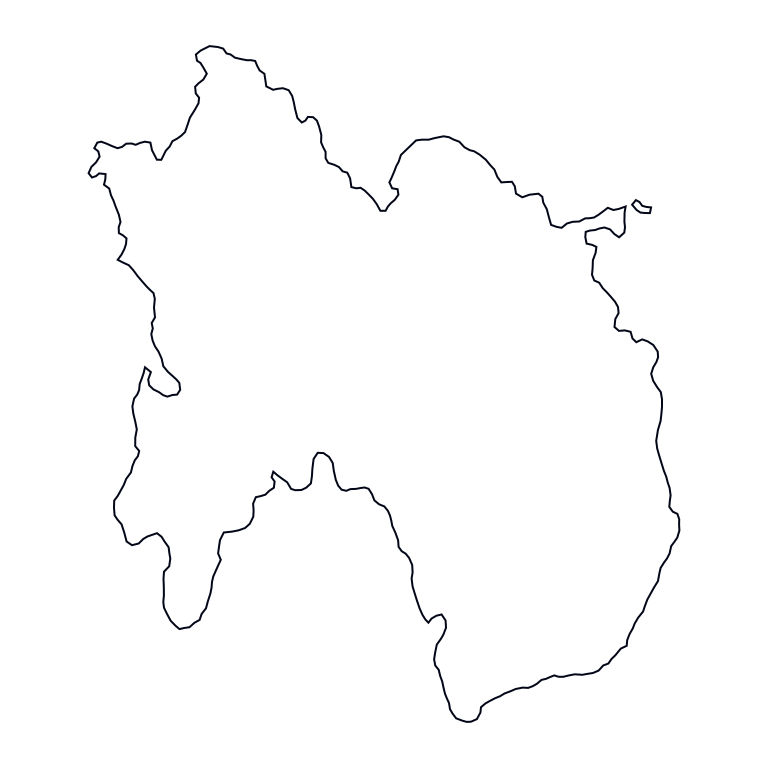 Ferros, Minas Gerais, Brazil (Equal Earth projection)
{"feature_id": "56859067B7555169296661", "entity_name": "Ferros", "entity_type": "district", "adm_level": 2, "iso_a3": "BRA", "parent_name": "Brazil", "parent_adm1": "Minas Gerais", "projection": "equal_earth", "projection_center": [-42.959, -19.247], "detail": "fine", "context": "isolated", "style": "outline", "palette": "ink", "viewbox_px": 768, "rotation_deg": 0, "n_neighbors": 0, "source": "geoboundaries", "source_scale": "gbopen_adm2", "svg_char_len": 5990}
<svg xmlns="http://www.w3.org/2000/svg" viewBox="0 0 768 768"><path d="M598.6,670.6L603.2,665.5L608.4,663.5L611.5,659.0L615.4,655.2L620.8,648.6L626.7,645.8L627.2,640.1L629.6,634.0L632.8,628.4L634.7,623.5L638.2,617.6L643.1,611.5L644.8,606.3L647.3,599.6L651.3,592.4L653.9,587.7L658.0,581.0L659.3,573.7L660.6,568.0L664.1,562.4L667.0,558.5L669.6,553.4L671.2,546.1L674.4,541.8L677.3,537.6L679.4,530.5L679.1,524.9L679.2,519.2L677.4,513.9L672.8,511.7L669.3,506.9L669.8,501.2L670.6,495.3L669.6,488.0L667.7,482.4L666.3,476.9L663.9,470.8L661.8,464.1L659.1,455.3L657.2,448.5L656.2,440.9L657.9,430.2L660.6,420.9L661.5,412.8L662.0,406.7L662.0,399.2L660.8,392.1L657.1,387.1L653.2,380.8L651.2,373.8L653.2,367.4L656.4,362.0L658.1,357.2L657.7,351.6L653.3,345.0L647.7,341.4L642.2,339.4L636.3,342.2L632.5,338.5L630.6,331.8L624.8,330.4L619.0,330.9L614.5,327.0L615.3,319.1L618.6,313.1L618.0,307.0L615.0,301.7L611.1,297.1L607.1,292.6L602.7,288.1L599.2,282.7L594.3,280.5L592.0,274.8L592.6,268.3L592.9,260.2L595.6,252.9L596.4,246.9L592.2,244.9L586.6,243.6L585.3,237.1L585.7,231.9L589.7,230.6L595.2,230.0L599.4,228.5L604.4,227.5L610.1,229.4L614.3,234.0L619.1,237.3L624.3,232.6L625.0,227.2L624.4,221.6L624.6,212.6L625.6,206.5L618.9,208.9L613.4,210.0L607.8,207.8L603.1,211.4L598.5,214.8L594.1,217.5L589.9,218.2L585.1,218.4L579.2,221.5L572.7,221.8L566.9,223.5L561.7,227.8L556.7,226.9L551.1,224.9L548.7,216.5L546.8,209.2L543.3,202.7L542.3,196.8L538.5,193.7L529.5,194.7L522.3,197.3L516.0,193.6L514.8,186.3L512.0,181.8L507.0,182.0L501.3,182.4L497.3,176.8L494.4,169.6L489.8,164.6L485.8,159.7L479.7,154.7L474.2,151.3L469.8,150.2L464.5,147.3L459.3,141.7L453.9,139.7L449.0,137.2L443.6,136.3L439.0,137.2L434.6,138.1L428.6,139.7L421.6,139.7L416.1,140.4L411.7,144.6L406.8,149.3L400.9,155.0L398.7,161.7L396.4,165.8L394.2,171.6L391.5,177.9L389.4,182.4L392.1,188.3L397.6,189.2L398.4,194.7L394.8,199.8L390.9,203.1L387.9,206.5L385.6,210.8L380.4,210.8L376.7,204.1L372.8,198.7L368.1,193.9L364.6,190.5L360.6,187.8L356.4,188.3L351.4,187.1L350.1,178.4L347.3,172.7L342.6,171.3L339.0,167.1L334.3,164.8L328.3,162.9L325.6,158.3L325.6,151.9L323.2,147.3L321.1,142.4L321.3,134.9L319.0,126.2L316.9,120.6L313.1,117.2L307.9,116.9L305.4,120.6L301.8,122.5L297.4,118.0L295.1,109.0L293.7,101.9L292.2,96.0L288.7,90.2L282.9,88.2L277.0,88.9L273.2,89.8L266.3,86.4L265.3,79.7L264.4,73.8L259.6,70.4L257.2,65.9L255.2,61.0L251.2,60.2L246.8,60.2L241.1,59.1L235.0,57.7L230.6,54.5L226.5,53.4L223.2,48.6L217.8,47.0L209.6,46.1L204.9,48.4L200.6,50.6L195.9,54.5L197.0,60.7L200.5,63.0L203.3,67.5L206.8,73.7L203.3,79.6L198.5,83.3L195.1,86.8L195.8,93.5L199.1,97.7L198.5,103.3L194.6,110.2L189.9,117.7L187.4,125.3L185.0,132.1L181.1,135.8L177.2,138.6L172.4,141.2L169.7,146.5L165.8,150.7L163.6,155.2L161.3,159.8L156.9,159.7L154.6,155.3L152.0,150.2L150.4,142.6L144.9,141.7L140.1,142.9L135.7,144.8L131.6,143.5L126.2,143.7L122.0,146.9L117.6,148.2L112.3,146.2L106.7,143.7L101.2,141.7L97.3,142.6L94.3,148.2L98.3,151.4L99.6,156.7L96.0,162.4L91.4,166.9L88.6,173.2L92.0,177.5L96.0,176.1L99.2,173.4L105.6,174.1L105.3,179.3L104.0,184.7L109.2,188.5L111.0,195.3L113.4,200.4L115.5,206.3L118.9,214.8L120.5,222.0L118.7,227.2L118.9,233.1L122.9,235.3L126.5,238.4L126.0,244.1L124.4,248.9L121.5,254.6L117.7,259.8L123.3,262.7L128.8,265.2L133.2,270.1L137.8,276.3L143.3,282.7L146.9,286.8L150.2,290.1L153.5,293.1L154.8,298.8L154.0,307.5L155.0,317.4L151.7,323.0L152.8,328.4L151.3,334.1L152.6,340.5L154.9,346.2L158.6,351.8L161.7,358.8L163.3,366.2L168.0,371.9L172.7,376.1L176.3,379.4L179.3,382.9L180.2,389.8L177.1,394.6L172.5,395.0L167.3,396.6L163.3,395.2L158.9,392.1L153.4,389.4L149.2,385.3L148.2,379.5L150.9,372.1L145.0,367.3L143.6,373.2L141.5,379.2L139.7,384.0L139.1,390.1L137.2,394.6L134.1,398.6L132.4,406.3L133.3,413.5L135.3,421.8L136.8,429.4L135.3,437.6L135.2,446.1L139.2,451.0L137.9,456.2L134.8,460.3L132.5,465.9L130.9,472.5L126.2,478.9L123.8,484.9L120.9,490.2L117.8,495.8L114.2,500.6L114.0,507.8L114.6,515.3L117.4,519.5L121.6,524.4L124.3,532.8L126.6,541.5L132.0,545.2L138.7,543.5L143.2,539.0L147.4,536.5L151.4,535.1L157.0,533.2L161.6,536.8L164.6,541.6L168.6,547.2L169.4,553.4L170.3,558.5L169.2,566.3L164.0,571.7L163.5,578.7L163.8,586.3L163.9,595.4L163.3,602.1L164.0,607.7L166.9,613.7L170.7,620.8L175.6,625.8L179.5,629.1L184.1,628.0L189.5,627.2L194.4,622.8L199.6,619.9L201.6,614.0L206.0,608.3L207.9,601.2L210.4,593.5L211.6,587.4L212.0,581.8L213.3,576.4L216.0,570.3L218.7,564.3L220.8,559.8L218.1,553.4L219.1,546.0L220.0,540.1L223.8,532.5L232.1,531.6L238.7,530.3L245.1,528.0L249.8,523.8L253.3,516.7L253.6,510.2L253.1,503.7L255.8,497.2L260.7,496.1L265.3,494.7L269.3,490.8L273.9,487.7L274.6,481.5L271.6,477.3L273.3,471.7L277.5,475.3L282.1,478.7L287.2,482.3L291.1,488.9L295.2,490.2L301.4,490.0L306.2,487.7L310.9,483.4L311.9,476.4L312.4,468.6L313.6,459.0L317.7,452.8L323.5,453.1L329.0,456.9L332.7,462.9L333.8,470.8L335.8,479.8L338.2,485.7L341.6,489.7L346.3,490.8L350.4,489.1L356.0,488.9L360.6,488.0L364.6,487.5L368.6,488.8L372.0,494.2L374.4,500.4L379.1,504.3L384.3,506.4L387.9,510.8L390.0,515.6L391.3,520.7L392.3,526.0L395.3,532.5L398.1,540.2L398.6,546.9L401.7,551.2L405.7,553.7L409.1,557.9L412.2,565.0L412.6,572.5L411.6,578.5L412.6,586.6L414.6,593.1L416.7,599.8L419.6,608.4L422.5,614.9L425.3,619.4L428.4,622.7L431.6,618.5L436.4,615.7L441.6,614.5L445.6,620.5L446.0,627.8L443.3,634.8L440.8,639.0L436.8,644.6L435.1,652.9L434.1,659.3L435.3,665.6L438.7,669.8L440.2,676.0L442.2,681.4L443.5,687.6L445.0,693.7L446.9,698.5L449.0,703.0L450.0,709.2L452.5,713.5L456.1,718.3L462.4,720.7L466.8,721.9L471.0,721.7L476.9,719.1L480.4,712.6L481.0,707.2L485.5,703.4L490.3,700.7L494.9,698.3L499.9,696.3L504.5,693.5L510.1,691.4L515.7,689.0L522.6,687.6L528.2,687.9L532.9,686.1L536.9,683.8L541.5,679.9L546.1,678.8L549.9,677.1L554.3,675.4L558.7,676.8L563.3,676.8L568.5,675.5L574.7,674.3L582.4,674.8L586.6,674.0L592.9,673.0L598.6,670.6ZM651.1,207.4L646.2,206.9L642.2,205.8L639.5,202.0L635.9,200.1L632.1,204.7L636.6,210.0L640.5,212.6L645.1,213.0L649.9,213.1L651.1,207.4Z" fill="none" stroke="#020617" stroke-width="2"/></svg>